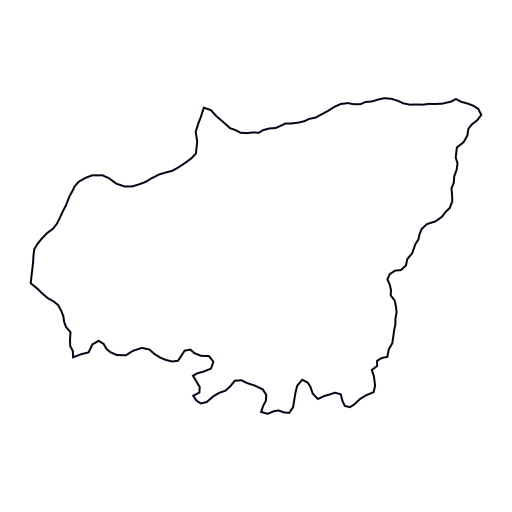 Iraí de Minas, Minas Gerais, Brazil (Albers equal-area conic projection)
{"feature_id": "56859067B90662154366353", "entity_name": "Iraí de Minas", "entity_type": "district", "adm_level": 2, "iso_a3": "BRA", "parent_name": "Brazil", "parent_adm1": "Minas Gerais", "projection": "albers", "projection_center": [-47.455, -19.048], "detail": "fine", "context": "isolated", "style": "outline", "palette": "ink", "viewbox_px": 512, "rotation_deg": 0, "n_neighbors": 0, "source": "geoboundaries", "source_scale": "gbopen_adm2", "svg_char_len": 2773}
<svg xmlns="http://www.w3.org/2000/svg" viewBox="0 0 512 512"><path d="M455.9,99.0L451.1,101.6L442.0,103.7L434.8,104.0L428.3,103.9L422.9,104.7L416.9,104.5L410.0,104.7L403.2,103.3L398.1,100.9L391.4,98.8L384.3,98.2L378.2,99.5L372.2,101.4L365.5,102.0L360.4,104.2L353.6,104.2L347.9,103.1L340.7,104.0L334.3,106.9L327.8,111.0L320.3,115.0L315.6,117.6L309.1,118.9L304.6,121.1L298.0,122.7L291.1,123.5L285.4,123.5L280.7,125.8L275.6,128.0L269.1,128.5L263.2,130.1L258.6,132.8L253.6,132.4L247.2,133.1L240.6,132.8L235.5,130.1L230.1,128.2L226.2,124.7L222.1,121.1L216.1,115.9L210.9,110.1L203.8,107.7L200.9,116.9L198.3,123.5L195.7,131.7L197.2,141.6L195.9,153.6L191.4,158.3L187.0,161.6L182.8,164.5L177.7,167.8L172.3,170.8L166.2,172.4L159.3,174.4L151.5,178.3L145.4,182.0L139.2,184.3L132.4,186.4L124.7,186.5L116.4,183.7L108.9,178.2L102.5,175.3L92.3,175.3L85.7,177.8L79.0,181.5L74.6,186.4L72.5,190.9L69.2,196.9L66.0,205.3L62.7,211.6L59.7,218.2L56.7,224.1L52.9,228.8L47.2,233.0L42.1,238.2L37.7,243.6L34.3,249.1L33.5,255.3L33.0,263.3L31.7,274.3L30.7,283.2L37.5,288.8L41.9,293.1L47.8,298.2L53.3,301.2L58.1,305.0L61.2,310.8L63.3,316.0L64.1,321.8L66.1,327.2L70.5,332.1L70.0,339.7L70.2,346.1L72.8,350.9L73.1,357.3L81.1,354.2L88.6,352.4L92.4,344.4L98.7,340.8L103.6,343.9L106.6,349.1L110.6,352.3L116.7,355.0L125.9,355.3L132.8,350.9L141.8,347.9L149.3,349.5L154.5,354.0L160.4,357.7L165.8,359.9L172.0,361.5L178.0,360.8L181.1,356.1L184.6,350.7L190.3,349.6L194.7,353.3L200.9,355.8L209.0,356.1L213.4,361.8L211.0,368.6L203.3,371.7L197.3,373.3L193.0,375.8L196.6,381.8L199.7,387.0L199.4,392.5L193.2,395.8L196.5,400.7L200.7,403.4L206.7,402.1L213.3,396.3L219.5,392.7L225.3,390.8L230.4,386.2L234.8,380.7L241.5,380.3L247.2,383.1L255.1,385.7L262.9,389.5L266.3,395.1L265.8,400.9L263.2,405.8L261.1,411.9L267.6,413.8L273.9,411.2L278.7,410.5L283.8,412.4L289.2,412.9L293.1,407.2L294.4,399.0L295.5,392.4L297.2,385.7L302.2,379.8L307.8,382.6L310.5,387.0L312.7,393.6L317.9,399.0L323.8,396.2L330.3,394.3L334.9,392.7L340.8,394.3L342.4,400.9L344.8,405.9L349.9,407.2L354.3,404.4L360.0,399.0L366.2,395.2L373.6,392.2L375.1,385.6L373.9,376.3L371.8,370.0L377.1,366.0L377.1,360.8L381.7,358.0L387.3,356.9L388.8,349.3L392.3,343.2L393.1,337.9L394.1,330.4L395.4,324.2L395.4,318.6L396.6,312.3L395.9,306.4L394.6,300.4L390.7,295.4L391.0,290.0L389.7,284.5L387.4,279.3L389.7,274.2L395.1,270.6L400.9,270.1L406.0,265.4L407.3,259.1L412.2,253.2L415.3,244.3L418.4,239.4L419.7,233.7L421.8,228.8L426.9,224.1L435.4,221.4L441.9,216.8L445.6,211.9L449.7,208.0L452.3,201.4L452.0,194.1L451.5,188.4L453.8,182.7L454.2,176.3L456.7,169.6L457.5,163.2L455.7,157.5L456.9,147.4L463.6,142.2L467.3,135.6L468.4,128.8L471.7,124.5L477.1,120.4L481.3,114.9L478.2,108.8L473.0,105.6L468.1,103.7L461.2,101.8L455.9,99.0Z" fill="none" stroke="#020617" stroke-width="2"/></svg>